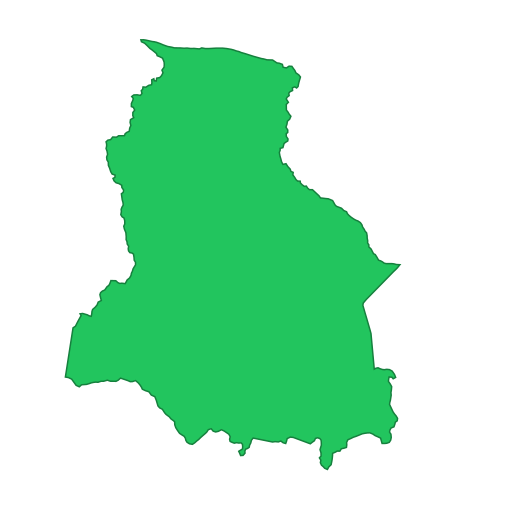 Guaraí, Tocantins, Brazil, rotated 280°
{"feature_id": "56859067B33114689351252", "entity_name": "Guaraí", "entity_type": "district", "adm_level": 2, "iso_a3": "BRA", "parent_name": "Brazil", "parent_adm1": "Tocantins", "projection": "orthographic", "projection_center": [-48.435, -8.766], "detail": "fine", "context": "isolated", "style": "filled", "palette": "green", "viewbox_px": 512, "rotation_deg": 280, "n_neighbors": 0, "source": "geoboundaries", "source_scale": "gbopen_adm2", "svg_char_len": 6020}
<svg xmlns="http://www.w3.org/2000/svg" viewBox="0 0 512 512"><g transform="rotate(280 256 256)"><path d="M272.4,399.2L272.0,395.8L272.2,393.3L272.1,391.2L271.1,385.6L271.2,383.5L272.2,381.5L272.8,379.7L273.2,377.4L275.8,375.3L278.1,373.2L278.7,371.3L282.9,368.1L284.6,365.5L286.6,365.2L288.1,363.7L290.6,363.3L292.9,362.4L295.3,361.9L298.0,360.9L299.4,359.1L301.1,357.9L303.0,356.0L305.1,354.9L307.0,353.0L308.2,350.3L308.6,348.1L309.5,345.6L310.8,342.8L312.2,340.4L313.5,338.7L315.3,337.5L316.0,334.6L317.9,331.9L318.9,326.6L320.1,324.9L322.0,323.4L323.9,321.8L324.4,319.6L324.9,317.2L324.7,314.8L324.4,309.4L326.3,307.5L328.1,304.7L331.1,300.1L330.6,297.1L331.7,295.2L333.6,293.4L333.0,291.5L334.1,289.2L335.6,287.1L337.4,286.5L337.0,284.0L338.2,282.1L340.1,280.5L342.3,278.2L344.8,278.1L345.4,275.7L347.5,274.6L349.6,271.8L352.1,269.5L350.9,266.6L353.1,264.9L355.7,263.7L358.7,262.2L362.0,261.0L364.3,261.4L366.2,261.1L367.4,263.7L371.7,264.1L373.3,265.6L374.8,267.3L376.8,267.2L379.0,265.1L381.7,264.5L383.1,265.8L385.6,265.4L388.1,263.1L391.2,263.6L394.1,263.5L396.6,265.4L399.7,266.1L401.5,264.0L403.2,262.6L405.0,260.6L410.5,259.5L413.0,261.2L415.9,258.5L417.8,259.1L419.7,260.8L422.0,260.0L423.7,261.0L425.3,263.3L427.9,262.6L429.3,264.8L428.5,266.8L430.2,268.0L432.6,268.0L434.8,268.1L440.0,268.7L441.8,266.7L443.3,263.5L445.5,262.0L446.9,260.5L449.0,258.4L448.7,255.6L446.5,253.3L446.6,249.9L449.3,248.7L449.9,245.5L449.8,243.0L451.9,238.3L451.4,234.9L451.1,232.8L451.4,229.4L451.4,227.0L452.2,218.9L452.9,213.7L453.4,210.1L453.8,206.1L454.4,203.5L454.5,201.2L455.0,198.3L455.2,195.9L455.2,191.1L454.9,187.0L453.9,181.2L452.1,173.5L451.5,170.2L451.5,166.4L450.1,164.3L449.7,159.1L449.0,155.7L448.8,152.0L448.1,149.0L447.8,145.8L446.8,139.5L447.0,136.8L447.0,132.7L447.8,127.9L448.5,125.0L449.2,120.9L449.3,118.5L449.2,116.4L449.5,110.0L449.4,107.6L448.9,105.1L447.1,106.0L446.2,109.4L444.3,112.3L442.0,115.5L440.8,118.0L439.3,120.7L438.0,122.9L436.1,123.9L435.5,126.7L434.6,129.6L431.1,131.8L428.7,132.4L426.0,132.7L422.7,131.1L420.3,132.6L417.1,131.6L415.0,130.2L413.9,127.3L411.1,127.4L410.9,125.4L412.8,124.6L411.4,122.7L408.6,123.4L406.5,123.4L405.5,120.8L403.1,118.2L402.9,115.4L400.5,115.4L398.9,114.3L396.3,115.5L394.1,114.3L394.1,111.0L393.4,107.7L391.5,105.9L389.8,107.8L387.7,107.6L384.5,106.8L381.5,107.3L381.1,109.4L378.6,111.2L376.0,109.8L372.8,110.3L371.0,111.6L368.5,108.7L365.7,108.8L362.8,110.1L360.0,109.4L356.8,109.5L355.3,107.3L353.7,105.9L351.7,105.6L351.1,102.9L350.6,99.9L348.8,98.0L348.3,94.2L345.3,92.6L344.4,90.0L342.4,88.5L340.4,89.4L338.4,89.8L335.8,89.7L333.4,91.1L330.3,92.2L327.5,91.7L324.8,92.5L322.9,94.2L319.6,94.9L317.2,96.5L313.8,98.3L311.7,100.1L311.2,103.2L308.9,103.4L307.6,101.7L305.3,103.2L303.8,105.5L303.5,108.5L302.3,111.5L300.2,112.0L297.9,114.2L295.6,114.2L293.9,112.6L291.2,113.5L288.1,114.5L285.4,115.8L283.0,116.4L281.0,115.6L278.6,115.1L276.3,115.7L273.2,115.7L271.3,117.4L270.5,119.4L267.9,120.6L264.8,121.2L262.4,120.6L259.7,121.7L256.4,123.8L252.6,124.8L249.5,125.3L247.7,126.5L245.4,127.1L243.5,128.9L240.9,128.9L238.9,129.6L237.4,131.2L237.4,133.3L236.6,135.0L233.5,136.1L230.7,136.8L229.0,138.4L226.4,138.9L222.1,137.2L219.4,136.9L217.4,136.3L215.2,136.3L212.4,135.3L210.1,133.3L206.1,132.0L205.9,128.6L205.3,126.6L205.8,124.6L207.3,122.2L206.6,117.4L203.3,116.8L201.4,116.1L200.0,114.7L196.2,112.9L194.8,110.8L192.9,109.3L190.8,109.0L187.4,110.4L185.3,111.4L183.2,108.6L180.2,108.0L177.6,106.5L175.0,104.4L172.9,104.1L170.6,104.3L168.0,104.2L168.1,102.2L168.8,100.0L169.3,95.2L168.5,92.8L166.9,94.1L162.0,92.4L159.2,91.5L155.5,90.4L153.5,88.3L103.7,89.3L103.7,92.4L102.7,95.9L97.4,101.3L96.5,104.7L98.9,106.6L100.1,111.3L101.3,113.8L102.4,115.7L103.3,117.9L104.0,120.1L104.2,122.3L105.7,125.1L106.2,127.7L107.9,131.2L107.4,134.3L108.3,139.9L109.7,141.8L112.2,143.8L111.5,148.5L111.0,151.6L110.4,154.0L110.9,156.2L112.4,159.0L110.6,162.1L108.8,164.2L107.0,165.9L105.1,167.2L104.2,170.4L103.7,174.1L100.9,177.0L99.9,180.8L96.7,182.8L91.3,185.5L89.7,187.5L88.8,190.4L85.7,193.3L84.4,194.9L82.5,198.7L80.9,200.4L79.7,202.9L78.7,204.6L75.7,205.3L73.0,206.8L70.6,209.0L68.1,211.5L66.9,214.2L66.0,216.5L64.4,218.0L62.2,219.0L60.6,220.4L59.5,223.1L59.5,226.1L61.4,228.1L63.6,229.8L65.3,231.4L67.6,233.0L70.0,234.9L72.3,236.8L73.9,238.0L76.7,239.2L78.1,241.9L76.1,244.2L75.7,246.8L76.8,249.4L78.9,252.1L78.1,255.1L75.8,260.2L73.5,262.0L71.0,261.8L68.9,262.7L68.3,265.0L67.9,267.1L68.8,269.3L68.8,271.4L69.4,273.9L68.1,275.4L65.8,276.0L63.6,276.2L60.7,272.9L59.0,274.1L56.8,275.5L57.4,277.9L59.9,279.4L62.1,278.9L64.0,279.4L65.0,281.1L66.4,282.5L68.8,282.6L70.9,283.3L73.8,283.5L76.2,284.8L75.7,304.6L76.5,307.0L76.8,310.3L78.1,312.6L76.8,315.1L76.5,317.8L78.8,318.2L81.6,318.4L83.6,321.2L83.8,324.2L80.5,342.1L82.4,343.8L84.2,345.6L86.7,346.2L87.7,348.3L87.3,350.6L85.9,352.1L83.6,352.7L81.0,353.2L78.7,352.9L76.4,352.7L73.4,354.2L70.3,354.8L68.2,353.5L66.2,355.3L63.6,355.3L61.4,356.8L60.3,358.7L58.9,360.5L58.2,363.4L60.9,364.3L63.5,366.2L66.4,366.3L68.5,366.3L70.5,366.2L72.9,366.0L75.0,365.7L76.3,367.8L78.0,369.9L78.4,372.5L81.0,373.5L82.0,376.0L83.2,378.3L85.7,378.2L88.1,377.6L91.0,378.4L92.7,381.0L94.4,383.3L95.7,385.7L97.3,388.3L99.3,391.4L100.4,394.2L101.2,396.8L101.6,398.9L101.0,401.8L99.8,404.5L99.0,407.8L98.3,410.3L95.8,411.5L93.3,412.7L93.7,415.2L94.3,417.3L95.6,419.6L98.0,420.6L100.8,420.7L104.0,419.8L105.7,418.1L107.8,418.1L110.1,418.9L111.7,421.5L114.2,421.9L116.6,422.1L118.2,423.7L120.7,423.6L123.0,421.6L124.2,420.1L126.2,418.1L133.0,413.3L135.1,413.2L137.2,413.4L142.4,413.3L145.0,412.6L147.3,412.6L150.9,412.3L153.3,410.4L155.5,408.2L158.0,408.0L160.0,408.1L160.2,410.9L158.9,412.4L160.7,414.6L163.3,413.0L166.3,410.1L167.3,407.2L167.1,404.4L166.3,402.1L166.2,400.0L166.5,397.8L167.1,395.6L166.3,393.6L165.1,392.1L199.6,382.7L202.6,381.3L213.8,375.8L218.6,373.4L226.0,369.8L228.3,369.8L232.6,372.3L243.1,379.5L253.6,386.7L264.3,394.0L267.3,396.2L269.1,397.4L272.4,399.2Z" fill="#22c55e" stroke="#15803d" stroke-width="1.5"/></g></svg>